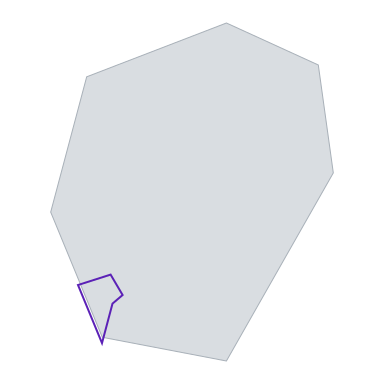 where Boe sits in Nauru
{"feature_id": "NRU-4971", "entity_name": "Boe", "entity_type": "state/province", "adm_level": 1, "iso_a3": "NRU", "parent_name": "Nauru", "parent_adm1": "", "projection": "albers", "projection_center": [166.917, -0.541], "detail": "fine", "context": "in_parent", "style": "outline", "palette": "violet", "viewbox_px": 384, "rotation_deg": 0, "n_neighbors": 0, "source": "natural_earth", "source_scale": "10m", "svg_char_len": 351}
<svg xmlns="http://www.w3.org/2000/svg" viewBox="0 0 384 384"><path d="M333.3,172.9L226.4,361.0L102.3,337.3L50.7,212.1L86.7,76.8L226.4,23.0L318.3,65.0L333.3,172.9Z" fill="#d9dde1" stroke="#a8b0b8" stroke-width="1"/><path d="M102.0,343.1L78.0,285.0L110.6,274.6L122.6,295.0L112.5,303.6L102.0,343.1Z" fill="none" stroke="#5b21b6" stroke-width="2"/></svg>